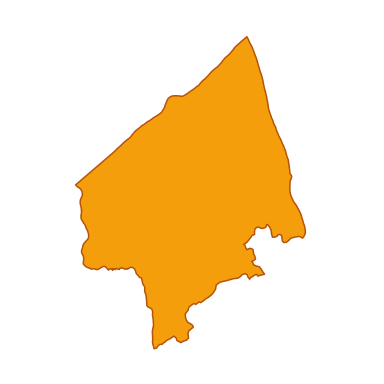 outline of Viengphoukha, Louang Namtha, Laos, rotated 5°
{"feature_id": "54806243B46667129508347", "entity_name": "Viengphoukha", "entity_type": "district", "adm_level": 2, "iso_a3": "LAO", "parent_name": "Laos", "parent_adm1": "Louang Namtha", "projection": "robinson", "projection_center": [101.061, 20.668], "detail": "fine", "context": "isolated", "style": "filled", "palette": "amber", "viewbox_px": 384, "rotation_deg": 5, "n_neighbors": 0, "source": "geoboundaries", "source_scale": "gbopen_adm2", "svg_char_len": 5972}
<svg xmlns="http://www.w3.org/2000/svg" viewBox="0 0 384 384"><g transform="rotate(5 192 192)"><path d="M167.9,351.4L170.1,350.7L171.7,348.1L173.2,346.6L175.5,346.3L176.4,345.1L178.3,343.8L179.1,342.6L180.7,341.4L183.1,340.0L186.4,337.2L188.8,338.7L189.9,341.2L193.9,343.0L196.4,341.4L198.0,340.6L199.3,340.3L201.3,337.8L200.3,333.0L200.9,330.7L203.4,328.2L204.9,326.8L204.9,325.9L203.5,324.2L198.8,321.9L197.1,319.3L196.1,316.0L196.0,313.8L197.3,311.9L198.6,309.7L198.7,307.9L199.3,306.5L200.5,305.4L201.5,304.6L203.4,303.1L204.4,303.0L205.5,303.7L206.8,302.6L208.6,300.9L210.2,301.5L213.0,299.3L215.3,297.0L217.9,295.2L220.9,292.1L222.4,289.8L224.0,286.6L224.2,282.7L227.0,280.0L229.7,278.7L234.5,277.2L240.7,274.8L245.0,273.9L247.1,272.5L249.4,269.8L252.0,268.8L254.2,269.6L255.1,271.8L255.8,272.4L257.0,273.8L257.6,272.4L258.9,271.5L261.0,269.8L262.9,268.6L263.8,268.5L264.5,269.8L265.6,269.9L266.5,269.1L267.5,268.9L270.0,268.1L271.3,267.6L270.4,266.3L269.5,265.4L268.1,263.3L265.7,260.6L262.6,260.2L259.7,259.1L258.8,257.3L257.7,255.9L260.0,254.5L261.1,253.2L260.1,250.3L258.9,248.5L257.8,244.1L256.4,243.3L254.3,243.1L251.7,244.7L250.0,242.1L249.4,240.5L248.3,239.6L251.1,237.3L252.4,235.4L254.5,232.1L255.6,230.1L258.0,228.8L257.8,226.9L257.8,224.7L258.1,223.2L259.7,221.5L261.4,221.2L263.2,221.9L265.1,222.2L267.4,221.5L268.8,220.3L269.3,218.0L270.3,217.9L271.1,218.9L272.4,220.2L274.1,223.2L275.1,227.5L276.1,230.0L279.1,229.5L280.3,228.9L281.5,227.1L283.5,226.7L285.4,228.0L285.6,230.2L286.3,233.0L287.8,234.3L290.4,233.9L292.6,231.8L294.4,229.5L296.4,228.7L298.3,228.0L300.3,227.5L302.2,226.9L304.5,227.4L306.1,228.3L307.0,227.2L307.9,225.3L308.5,223.2L308.4,221.8L308.0,219.3L307.4,217.3L307.0,216.0L306.2,214.2L305.5,212.8L305.0,211.1L304.3,209.5L303.4,207.2L302.7,205.5L302.1,204.0L301.0,202.2L300.0,200.7L297.0,196.1L294.3,193.1L292.5,190.0L291.0,187.5L290.2,185.2L289.4,182.4L289.2,180.7L288.9,175.6L288.8,172.6L289.2,171.4L289.9,169.0L289.9,167.8L289.5,166.7L288.1,165.3L287.4,161.7L287.0,159.9L286.9,159.4L286.9,159.2L285.2,152.2L285.0,151.3L284.6,150.6L283.4,148.2L281.3,142.3L281.1,141.9L280.2,140.5L279.5,138.7L279.1,138.1L278.3,136.6L278.0,136.2L277.0,134.2L276.5,133.5L275.6,131.6L274.7,130.3L273.6,128.6L272.9,127.1L271.6,124.8L270.3,122.1L269.8,120.5L269.2,119.5L268.2,118.0L267.2,116.3L266.5,114.3L265.8,112.9L264.7,111.1L263.8,108.7L262.8,106.9L261.9,104.4L261.4,103.5L260.7,101.4L260.4,99.1L259.9,97.8L259.3,95.1L258.7,93.6L258.0,90.7L257.3,88.6L256.5,86.2L256.0,84.6L255.7,84.2L254.7,81.1L254.2,79.4L253.6,77.3L253.2,75.8L252.5,73.5L251.6,71.0L250.1,67.3L249.4,66.1L248.5,63.7L247.8,61.6L247.0,60.1L246.6,58.8L245.9,56.9L245.1,55.0L244.4,53.1L243.7,51.6L243.0,50.3L242.5,49.2L241.8,47.7L241.2,46.4L240.8,45.4L240.4,44.8L239.8,43.7L239.3,42.5L238.9,42.0L238.4,41.1L237.2,39.4L236.6,38.3L235.8,37.1L234.7,34.9L234.1,34.1L233.1,32.6L228.2,37.5L223.0,43.1L222.5,43.7L221.7,44.8L220.7,46.4L219.8,47.8L218.6,49.5L217.3,51.4L215.9,52.9L214.1,54.7L213.2,55.7L212.1,57.2L211.5,58.1L210.8,59.1L209.9,60.7L208.4,62.6L207.0,64.6L205.1,66.3L203.6,67.7L202.1,69.4L201.3,70.0L200.5,71.1L199.5,72.4L198.7,73.6L197.4,75.3L196.3,76.7L195.0,78.2L192.7,80.4L191.7,81.8L190.7,83.1L189.2,85.4L187.9,86.3L187.0,87.1L185.7,88.4L184.3,89.7L182.8,90.8L180.7,92.6L178.7,94.4L177.8,95.0L176.2,96.4L174.9,97.1L173.3,97.6L170.9,97.4L168.1,97.5L165.9,97.7L163.3,98.3L161.2,99.7L159.7,101.6L158.7,104.6L157.9,107.1L157.4,109.3L156.8,111.3L155.4,113.9L154.6,115.6L153.6,116.3L151.8,118.0L150.6,118.9L149.6,119.6L147.1,121.4L146.0,122.5L144.7,123.6L143.1,124.9L141.7,125.7L139.6,127.7L138.6,128.6L137.3,129.6L136.2,130.3L135.0,131.7L133.3,133.4L132.0,134.5L130.7,135.7L129.0,137.9L127.6,139.9L126.3,142.1L125.1,143.6L122.8,145.6L121.0,147.4L119.7,148.7L118.6,150.0L116.8,152.2L113.7,155.3L112.8,156.6L110.5,159.2L92.3,177.8L77.9,192.5L75.5,195.0L76.2,195.7L77.8,197.0L80.3,198.3L81.5,199.7L82.7,202.0L83.0,204.4L82.9,205.6L81.8,208.4L81.5,209.7L81.4,211.3L81.8,214.0L82.8,216.7L83.5,219.5L83.3,219.8L83.3,220.3L83.7,220.8L83.8,221.6L83.8,222.1L83.6,222.7L83.5,223.3L83.6,223.7L83.6,224.3L83.4,225.1L83.7,225.7L83.5,226.7L83.7,227.2L83.8,227.6L84.0,228.2L84.1,228.7L84.5,229.0L84.8,229.7L85.1,230.3L85.5,230.8L86.1,231.3L86.5,231.8L86.6,232.3L87.6,233.3L88.5,234.5L89.8,237.4L91.2,239.4L92.3,242.2L92.3,242.3L92.8,244.0L92.9,245.6L92.8,246.7L92.4,247.9L91.7,248.9L90.5,250.4L90.0,250.9L89.3,252.1L88.4,253.5L88.1,254.6L87.9,255.7L87.7,257.7L87.3,258.9L87.1,260.2L87.2,261.6L87.9,263.2L89.1,264.9L89.7,266.5L90.0,268.5L89.9,270.4L89.8,272.2L90.2,273.3L91.8,275.0L93.9,276.1L96.0,276.7L97.1,277.0L98.3,277.6L99.1,277.5L100.3,276.9L101.5,277.1L102.8,277.5L104.2,277.6L105.2,277.2L108.8,274.7L110.1,273.9L111.7,273.8L112.4,274.1L115.2,276.7L115.6,277.0L115.8,276.9L116.2,276.4L116.3,276.3L116.8,276.2L117.0,275.9L117.2,275.6L117.6,275.5L118.6,275.4L118.5,275.5L118.5,275.8L118.9,275.9L119.3,276.1L119.5,276.3L119.7,276.9L119.9,276.9L119.9,276.4L120.0,276.1L120.3,275.9L120.6,275.7L120.8,275.4L121.2,275.4L121.6,275.7L122.0,275.5L122.3,275.8L122.5,275.5L122.7,275.0L123.1,274.8L123.4,274.8L123.6,275.1L124.0,275.2L124.5,275.1L124.8,275.3L125.5,275.4L126.3,275.4L126.3,275.0L126.5,274.7L127.0,274.3L127.3,274.0L128.1,274.0L128.4,273.6L129.1,273.9L129.6,273.8L130.4,274.0L131.3,274.6L131.9,274.8L132.4,274.7L132.9,274.2L133.6,274.2L134.4,274.5L134.8,274.1L135.2,274.0L135.7,273.7L136.1,273.1L136.6,272.9L137.1,272.5L137.7,272.3L138.5,272.4L139.4,272.5L140.4,272.9L141.7,273.9L142.4,275.3L143.8,278.4L145.3,279.6L146.2,280.6L147.3,281.7L149.3,282.3L149.7,283.7L150.8,287.3L151.4,288.6L152.4,289.7L153.0,290.5L153.4,291.7L153.3,292.9L153.6,295.2L154.0,296.2L154.6,297.5L155.2,298.6L155.5,300.4L156.3,304.5L156.6,307.6L156.9,308.9L157.8,310.1L159.4,310.8L161.2,311.6L162.1,312.0L163.2,314.6L163.4,318.6L163.8,319.6L164.5,322.8L165.3,328.2L165.1,329.6L164.6,334.2L165.3,339.1L165.7,342.4L165.7,345.1L166.2,346.7L167.9,351.4Z" fill="#f59e0b" stroke="#b45309" stroke-width="1.5"/></g></svg>